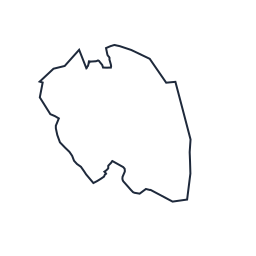 Osogbo, Osun, Nigeria (Mercator projection), rotated 237°
{"feature_id": "59680162B73238408569532", "entity_name": "Osogbo", "entity_type": "district", "adm_level": 2, "iso_a3": "NGA", "parent_name": "Nigeria", "parent_adm1": "Osun", "projection": "mercator", "projection_center": [4.558, 7.753], "detail": "fine", "context": "isolated", "style": "outline", "palette": "slate", "viewbox_px": 256, "rotation_deg": 237, "n_neighbors": 0, "source": "geoboundaries", "source_scale": "gbopen_adm2", "svg_char_len": 1332}
<svg xmlns="http://www.w3.org/2000/svg" viewBox="0 0 256 256"><g transform="rotate(237 128 128)"><path d="M215.0,79.2L212.6,81.2L201.7,70.7L181.9,70.4L177.9,73.1L173.7,75.2L169.2,68.7L167.0,67.3L160.7,64.9L153.0,63.1L145.9,64.5L139.8,65.9L135.1,66.0L129.9,64.9L125.6,65.6L121.1,67.4L115.3,67.6L111.9,67.6L100.7,69.0L100.3,73.2L100.2,77.6L100.3,81.4L101.5,83.2L101.6,84.7L102.7,84.7L104.2,84.4L104.3,86.6L104.7,88.7L105.0,89.5L107.1,90.9L107.6,92.9L107.7,93.7L107.9,94.1L108.0,95.0L108.8,96.4L108.8,96.9L97.8,102.7L95.7,103.0L94.1,102.2L93.2,101.6L90.0,96.8L88.4,95.6L87.3,95.2L85.9,95.0L83.4,95.4L74.5,96.7L71.4,97.3L70.1,98.2L69.0,99.4L66.6,102.0L67.1,109.8L64.1,112.6L63.8,113.2L42.0,125.3L35.8,138.6L55.8,155.5L66.3,161.9L74.2,166.6L84.3,174.2L114.2,184.1L140.9,192.9L145.2,184.7L174.2,183.9L191.7,173.2L201.1,165.7L205.1,161.7L206.1,158.2L206.5,156.1L207.0,153.1L201.1,150.8L200.0,150.5L197.8,150.8L196.9,150.7L195.5,149.7L193.8,149.2L190.6,148.2L189.0,147.5L188.0,146.5L188.5,145.8L190.1,143.1L192.3,140.0L194.9,140.7L198.6,140.3L200.1,140.2L201.0,139.6L201.2,138.2L201.6,137.1L201.9,136.8L202.2,136.1L204.2,132.6L204.6,132.3L204.2,131.6L204.9,131.3L203.0,129.5L201.9,128.3L201.7,127.4L201.1,126.5L200.7,125.8L200.7,125.6L220.2,129.6L214.5,108.7L218.3,97.8L215.0,79.2Z" fill="none" stroke="#1e293b" stroke-width="2"/></g></svg>